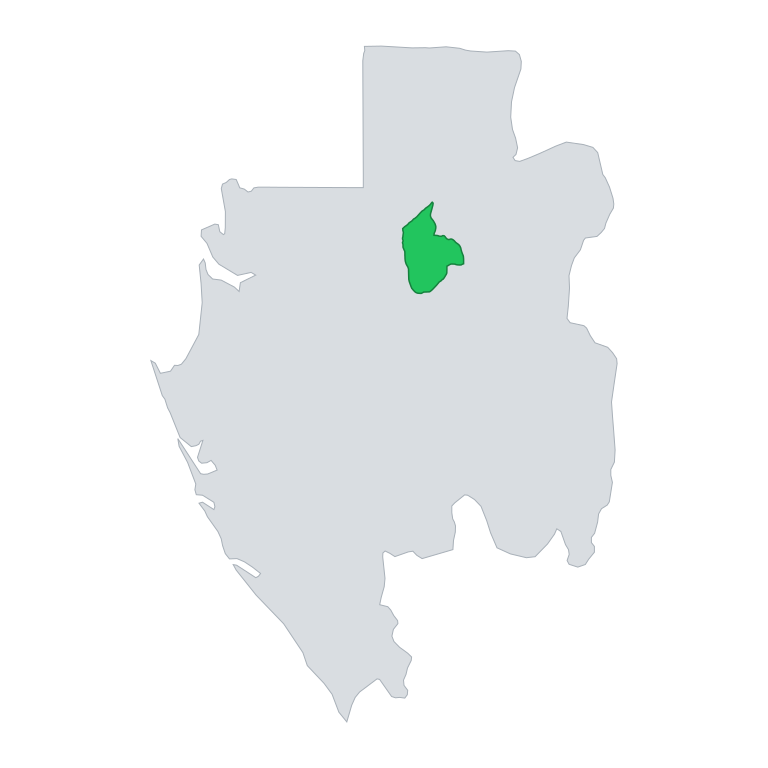 location of Mvoung, Ogooué-Ivindo, Gabon
{"feature_id": "22940354B15845982668686", "entity_name": "Mvoung", "entity_type": "district", "adm_level": 2, "iso_a3": "GAB", "parent_name": "Gabon", "parent_adm1": "Ogooué-Ivindo", "projection": "equal_earth", "projection_center": [12.149, 0.446], "detail": "fine", "context": "in_parent", "style": "filled", "palette": "green", "viewbox_px": 768, "rotation_deg": 0, "n_neighbors": 0, "source": "geoboundaries", "source_scale": "gbopen_adm2", "svg_char_len": 5273}
<svg xmlns="http://www.w3.org/2000/svg" viewBox="0 0 768 768"><path d="M521.3,61.4L520.9,69.0L514.5,87.6L511.5,101.9L510.7,117.2L512.5,129.5L515.6,138.2L517.6,147.8L516.0,154.4L513.0,157.3L515.1,160.6L519.7,161.4L527.7,158.5L539.8,153.4L555.8,146.1L566.3,142.1L583.6,144.6L592.9,147.4L597.7,152.6L602.8,174.5L605.3,177.8L609.5,187.1L613.0,198.3L613.8,204.0L613.4,208.1L609.8,214.2L605.9,223.1L604.5,228.5L601.2,232.5L597.0,236.4L585.4,238.0L583.6,240.3L580.4,249.8L574.3,257.9L571.5,265.5L569.0,275.6L569.5,288.1L568.3,306.2L567.0,318.4L570.1,322.7L583.9,325.7L586.6,328.1L590.3,335.7L595.0,342.8L607.7,347.3L612.6,352.7L616.6,358.7L617.1,363.6L614.2,383.2L611.5,402.0L612.5,416.3L613.6,430.0L615.1,450.0L614.4,462.1L610.8,469.5L610.8,475.4L612.4,482.4L609.3,501.8L607.2,505.1L601.5,508.7L598.6,513.9L597.6,522.1L594.6,533.3L591.4,537.4L591.4,542.6L594.4,546.4L594.4,552.2L588.7,559.2L585.3,564.5L577.8,567.1L569.1,564.3L567.1,560.5L569.2,554.4L568.5,549.6L565.5,544.6L560.9,531.5L556.8,528.8L554.5,534.1L547.5,544.0L535.1,556.7L526.4,557.7L510.4,553.9L497.0,547.8L490.6,532.9L486.7,520.6L481.0,506.3L474.5,499.5L467.6,495.2L464.6,494.9L454.7,502.9L451.8,506.0L451.8,512.7L452.7,518.9L454.3,521.9L455.5,525.9L455.3,532.1L453.5,540.4L452.9,549.6L422.1,558.6L416.8,555.3L412.9,551.2L408.3,551.9L394.9,556.6L390.0,553.4L385.1,551.0L382.9,553.0L382.7,556.9L385.0,578.4L384.2,586.7L381.2,597.4L379.7,604.7L387.8,606.7L390.8,610.1L393.7,615.5L397.6,620.6L397.9,623.6L393.4,629.3L391.9,636.2L394.0,641.6L399.6,647.3L407.7,653.2L411.6,657.0L411.2,660.5L407.5,668.0L406.0,674.4L403.5,680.1L404.0,685.4L407.7,690.3L407.3,694.7L404.8,698.1L399.7,697.4L395.5,697.8L391.6,696.5L379.6,679.4L377.0,678.9L359.6,692.0L355.2,697.4L351.7,705.2L346.8,721.9L338.9,712.2L332.1,694.3L324.1,683.4L307.3,665.6L302.9,652.6L283.7,623.8L256.1,595.1L236.2,570.1L233.2,564.6L236.6,565.2L255.8,577.7L258.4,576.3L260.6,573.5L252.3,567.0L244.4,561.8L237.0,558.6L229.5,558.9L225.3,553.6L222.6,545.6L221.2,538.7L217.9,531.5L207.4,516.7L204.8,511.0L199.0,503.2L202.5,502.2L213.9,509.6L214.9,506.7L213.9,502.3L202.5,495.2L196.3,494.7L194.9,489.8L195.8,484.0L187.6,462.4L179.1,446.3L177.8,438.6L200.6,473.7L203.7,474.3L207.7,474.0L217.1,470.1L215.3,465.4L211.1,460.4L206.9,462.7L201.6,463.2L198.8,461.0L197.5,457.4L202.9,440.4L200.5,441.2L198.8,444.3L195.9,445.7L191.3,446.6L180.1,437.5L170.2,412.8L167.6,407.8L164.9,399.2L162.3,395.6L150.9,360.6L155.3,363.2L160.4,373.3L170.5,371.2L174.5,365.3L177.9,365.5L181.4,364.2L185.9,358.7L198.8,334.5L202.2,302.7L201.1,283.7L199.2,265.0L203.5,259.0L205.2,262.9L206.0,269.6L208.0,274.5L212.6,279.0L221.2,280.1L234.4,287.1L239.1,291.5L240.4,282.7L255.7,275.1L251.1,272.4L237.5,275.4L218.9,264.2L212.8,257.0L207.0,243.4L201.1,236.3L201.5,229.9L214.8,224.1L218.3,224.7L219.8,231.7L223.4,234.6L224.7,233.7L225.3,227.7L225.4,211.6L221.3,188.6L222.5,184.1L226.2,182.5L229.5,179.5L231.7,178.9L236.2,179.5L238.5,184.8L239.7,187.8L244.3,189.1L248.0,192.0L251.3,191.2L253.9,187.9L257.9,187.2L270.0,187.2L281.0,187.3L302.9,187.4L324.9,187.5L346.8,187.6L363.3,187.6L363.3,174.5L363.2,154.2L363.1,130.2L363.0,107.2L362.9,85.9L362.8,60.7L363.7,53.5L364.8,50.5L364.4,46.4L381.4,46.1L412.1,47.9L425.5,47.7L429.3,48.0L446.1,46.8L459.7,48.3L465.4,50.1L470.6,51.0L486.9,52.1L508.2,50.7L515.4,51.1L519.4,54.6L521.3,61.4Z" fill="#d9dde1" stroke="#a8b0b8" stroke-width="1"/><path d="M432.2,202.2L431.4,203.0L430.4,204.4L429.3,205.5L427.8,206.7L425.6,208.2L423.9,210.0L422.8,210.6L421.9,211.2L420.1,213.1L416.8,216.8L414.8,218.4L413.5,219.1L412.5,220.3L411.7,221.1L410.3,222.0L409.0,222.9L407.8,224.4L406.3,225.6L404.8,226.6L403.3,228.0L402.7,228.6L402.8,229.3L402.9,230.7L403.2,231.6L403.4,232.7L403.2,234.0L403.0,235.3L402.9,236.7L402.6,237.6L402.5,238.5L402.6,239.3L402.9,240.0L403.1,240.9L402.9,241.6L402.5,242.3L402.6,243.3L402.9,244.0L403.0,244.9L403.0,246.4L403.0,246.8L403.1,247.6L403.5,248.4L404.1,249.9L404.8,251.4L404.9,253.3L404.9,255.4L405.0,256.9L405.0,258.1L405.1,259.5L405.3,261.1L405.7,262.6L406.2,264.1L407.2,265.9L408.0,267.3L408.5,269.0L408.7,276.7L408.8,279.4L409.3,281.7L410.3,284.5L410.9,286.2L411.7,288.2L413.2,290.0L414.8,291.7L415.9,292.5L417.3,293.1L419.1,293.3L421.2,293.4L422.5,292.8L423.6,292.1L425.8,292.0L428.2,291.9L429.6,291.8L430.9,290.9L432.5,289.5L436.4,285.4L439.3,281.9L440.3,281.3L441.5,280.5L442.3,279.4L443.1,279.2L444.2,277.8L446.4,274.1L446.8,273.0L446.9,269.1L446.9,267.0L447.0,266.1L448.3,265.5L449.0,265.0L450.5,264.2L451.7,264.0L454.2,264.1L455.3,264.2L455.9,264.6L457.8,264.9L459.8,265.0L461.2,264.9L462.4,264.2L463.6,263.8L463.6,259.0L463.4,256.5L463.1,255.4L462.4,253.7L461.7,251.8L461.0,249.3L460.8,248.1L460.1,246.5L459.3,245.2L458.6,244.6L457.6,243.7L456.6,243.1L455.5,242.2L454.6,241.1L453.4,240.0L452.0,239.2L451.0,239.0L450.0,239.2L449.3,239.5L448.1,239.5L446.8,238.8L445.8,237.7L445.1,236.7L444.2,235.8L443.1,235.6L442.5,235.7L441.5,236.3L440.8,236.3L438.9,236.1L437.9,235.6L436.2,235.4L434.0,235.3L434.1,233.5L434.7,232.1L435.3,230.7L435.5,229.6L435.8,228.0L435.8,226.3L435.2,224.2L434.3,222.5L433.4,220.9L432.1,219.2L431.3,218.3L430.7,216.9L430.4,215.7L430.5,213.9L431.0,212.1L431.5,210.3L431.9,208.9L432.4,206.9L432.8,205.5L433.0,204.2L433.1,203.2L432.7,202.6L432.2,202.2Z" fill="#22c55e" stroke="#15803d" stroke-width="1.5"/></svg>